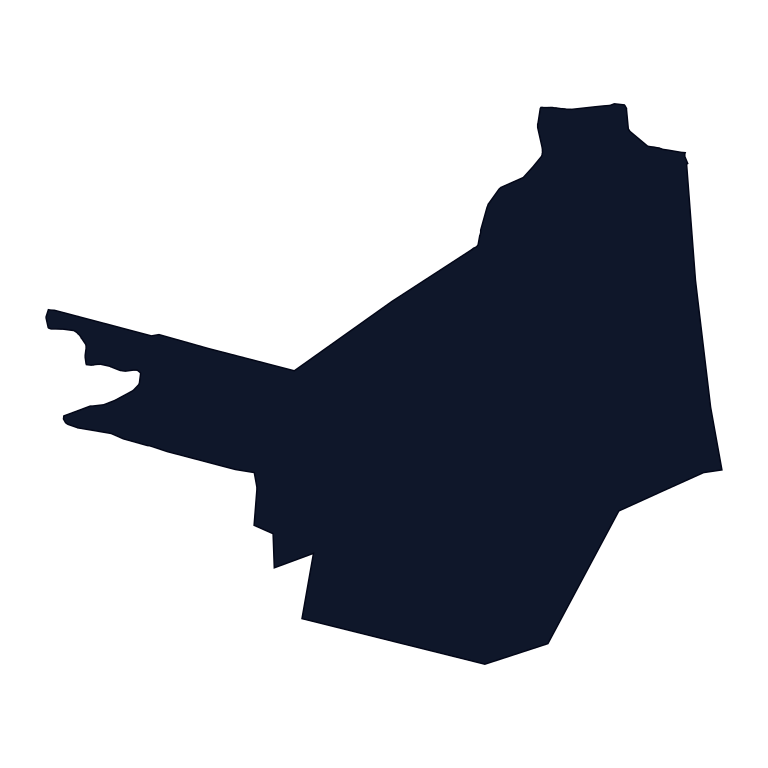 outline of Kwekwe Urban, Midlands, Zimbabwe
{"feature_id": "62879985B80414783582816", "entity_name": "Kwekwe Urban", "entity_type": "district", "adm_level": 2, "iso_a3": "ZWE", "parent_name": "Zimbabwe", "parent_adm1": "Midlands", "projection": "orthographic", "projection_center": [29.786, -18.913], "detail": "fine", "context": "isolated", "style": "filled", "palette": "ink", "viewbox_px": 768, "rotation_deg": 0, "n_neighbors": 0, "source": "geoboundaries", "source_scale": "gbopen_adm2", "svg_char_len": 3793}
<svg xmlns="http://www.w3.org/2000/svg" viewBox="0 0 768 768"><path d="M595.1,106.8L571.5,109.4L571.1,109.3L570.7,109.3L569.3,109.3L568.4,109.3L567.5,109.3L566.6,109.3L564.9,108.9L563.8,108.9L562.9,108.7L561.5,108.8L560.9,108.6L560.4,108.6L560.0,108.6L559.5,108.4L558.6,108.4L558.1,108.2L557.5,108.2L557.2,108.1L556.8,108.1L556.3,107.9L555.4,107.9L554.5,107.9L553.4,107.7L552.4,107.5L550.9,107.5L550.4,107.5L547.2,107.6L546.3,107.6L545.7,107.6L544.5,107.6L543.4,107.6L542.5,107.4L541.6,107.4L541.0,107.4L540.3,108.5L538.0,123.4L537.7,124.0L537.7,126.4L537.7,127.5L541.9,146.3L542.1,147.2L542.2,148.1L542.4,149.0L542.4,149.9L542.4,150.4L542.5,152.8L542.2,153.7L542.2,154.6L541.9,155.4L541.6,156.3L532.6,167.3L532.1,167.8L531.4,168.6L523.5,177.3L523.8,177.3L501.0,187.4L501.1,187.7L500.5,188.0L499.9,188.3L499.0,189.2L488.5,203.9L488.2,204.2L488.2,204.5L487.9,205.1L487.7,206.0L487.1,207.2L480.7,230.1L480.7,230.7L480.7,231.6L480.7,232.8L480.4,233.7L480.1,234.9L479.8,235.4L478.1,244.9L477.8,245.2L477.5,245.7L477.2,246.0L477.0,246.3L476.4,246.9L475.8,247.2L474.6,247.8L473.7,248.1L472.9,248.7L472.3,249.3L471.7,249.6L471.7,249.9L471.4,249.9L392.0,301.4L294.3,370.8L293.9,370.7L208.3,348.5L159.0,334.6L151.4,335.9L54.5,310.3L50.6,310.1L48.4,309.7L46.1,316.8L46.1,318.0L48.2,327.5L48.5,327.9L49.0,328.2L49.5,328.4L50.0,328.5L50.5,328.7L51.0,328.9L51.5,328.9L52.0,328.9L53.8,328.9L54.5,328.9L55.1,328.9L60.8,329.1L61.5,329.1L62.5,329.1L62.9,329.1L63.3,329.2L63.6,329.2L74.1,330.6L74.7,331.1L75.6,331.6L76.1,332.0L76.5,332.3L76.9,332.5L77.2,332.8L77.5,333.1L77.9,333.6L78.2,334.0L78.7,334.3L79.0,334.6L79.4,335.0L79.9,335.5L80.3,336.2L80.7,336.8L81.0,337.3L81.2,337.7L81.2,337.8L81.3,337.8L85.8,344.5L86.1,346.2L86.1,347.0L86.1,347.9L86.1,348.5L86.1,349.1L86.1,349.4L85.9,349.7L85.2,355.2L85.2,355.7L85.2,356.4L85.2,357.1L85.2,357.4L86.1,363.9L86.3,364.1L86.5,364.4L86.5,364.6L90.8,365.1L91.0,365.1L91.3,365.1L91.5,365.1L92.0,365.1L92.5,365.0L93.1,365.0L93.3,365.0L93.5,365.0L94.0,364.8L94.8,364.6L95.8,364.5L98.1,364.3L99.1,364.3L99.6,364.3L100.0,364.1L109.6,366.2L110.1,366.4L110.4,366.5L110.9,366.9L111.4,367.0L112.1,367.2L112.6,367.5L113.2,367.7L113.9,368.0L119.5,370.2L120.8,370.6L121.5,370.6L122.3,370.7L123.0,370.9L123.5,370.9L124.2,370.9L124.8,371.1L125.7,371.1L133.3,370.1L134.3,370.1L135.1,370.1L136.0,370.1L136.6,370.1L137.0,370.3L137.5,370.3L140.4,372.7L140.4,373.0L140.6,373.3L140.6,373.8L140.6,374.3L140.4,374.8L140.4,375.3L139.5,382.3L139.4,383.0L139.2,383.5L139.0,384.0L139.0,384.4L138.9,384.5L133.5,390.2L133.0,390.5L132.7,390.8L114.7,400.5L103.6,404.8L92.3,406.1L91.3,406.1L90.5,406.1L90.2,406.1L64.5,415.7L64.3,415.7L63.8,416.0L63.6,418.2L63.5,418.5L63.5,419.0L65.6,422.7L65.8,422.9L66.1,423.0L66.7,423.5L67.2,423.9L68.1,424.4L76.7,427.4L77.0,427.4L77.5,427.8L78.2,427.9L109.6,433.2L110.4,433.4L110.9,433.4L111.0,433.4L123.3,438.8L147.6,445.6L149.5,445.7L167.3,451.6L224.3,466.6L235.4,469.5L253.3,472.4L254.2,472.4L254.2,472.1L256.9,487.1L256.9,487.7L256.9,488.5L256.9,489.7L254.1,525.3L266.3,530.7L273.1,533.7L274.3,567.8L313.5,553.3L302.0,618.6L482.5,663.6L484.8,664.2L547.9,643.6L618.2,512.1L618.9,510.9L658.3,493.0L659.4,492.5L703.5,472.6L721.9,469.9L710.6,407.2L697.7,299.2L695.4,279.7L695.4,279.4L686.6,164.2L687.7,163.5L684.8,156.5L684.8,154.0L684.8,153.5L685.0,153.3L685.2,152.7L684.3,152.6L681.4,152.4L668.0,150.1L663.0,149.4L662.0,149.1L661.1,148.7L660.2,148.5L659.3,148.0L656.8,147.7L653.9,147.1L651.0,146.8L648.5,146.4L647.5,146.1L629.8,131.3L629.4,130.5L628.9,129.8L628.3,128.9L626.5,109.7L626.5,108.8L626.5,108.7L626.5,108.4L625.9,107.4L625.4,106.5L624.9,105.6L624.3,104.9L614.3,103.8L613.8,104.0L613.2,104.2L612.9,104.4L612.2,104.6L611.5,104.9L610.4,105.3L609.3,105.5L606.8,105.7L604.0,105.9L595.1,106.8Z" fill="#0f172a" stroke="#020617" stroke-width="1.5"/></svg>